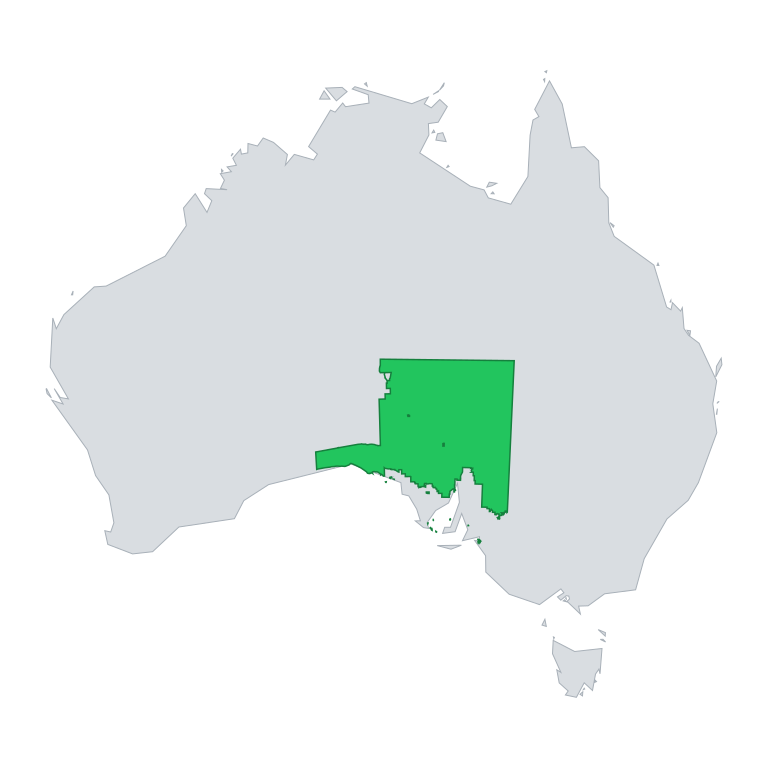 Unincorporated SA, South Australia, Australia (highlighted)
{"feature_id": "25037944B19571193858150", "entity_name": "Unincorporated SA", "entity_type": "district", "adm_level": 2, "iso_a3": "AUS", "parent_name": "Australia", "parent_adm1": "South Australia", "projection": "orthographic", "projection_center": [135.729, -30.866], "detail": "fine", "context": "in_parent", "style": "filled", "palette": "green", "viewbox_px": 768, "rotation_deg": 0, "n_neighbors": 0, "source": "geoboundaries", "source_scale": "gbopen_adm2", "svg_char_len": 9561}
<svg xmlns="http://www.w3.org/2000/svg" viewBox="0 0 768 768"><path d="M562.2,104.0L571.4,147.8L584.4,146.7L598.6,160.8L599.9,187.6L608.1,197.7L608.8,222.8L614.2,236.4L653.9,265.1L666.6,307.0L671.0,309.7L672.5,302.7L680.6,311.1L682.3,307.7L684.0,328.5L688.5,335.3L699.1,343.3L716.7,381.0L712.8,403.8L716.8,432.7L698.4,482.6L688.2,500.3L667.0,518.9L644.2,558.7L635.6,589.8L604.6,593.8L588.1,605.8L578.6,606.1L580.4,614.1L567.1,601.4L569.5,599.0L568.8,596.1L566.2,595.7L560.8,600.2L557.5,596.9L563.9,592.8L560.9,588.9L539.5,604.6L509.1,594.2L485.8,572.1L485.6,555.7L474.6,540.4L479.5,541.1L479.5,536.7L462.5,540.7L467.8,529.7L461.7,513.5L455.1,531.7L442.6,533.4L444.7,527.3L450.5,527.3L459.4,502.3L457.5,483.3L448.5,503.0L435.7,510.5L427.3,522.3L428.5,528.4L423.5,527.6L415.3,520.9L420.4,520.8L416.7,509.1L408.8,495.9L402.1,494.2L400.9,482.6L350.9,464.0L268.6,484.6L243.8,500.6L234.4,518.7L178.9,527.0L152.6,551.7L132.6,553.9L107.8,544.4L104.8,530.7L110.7,532.0L113.9,522.8L108.9,494.9L95.6,475.6L87.5,449.9L51.9,400.2L63.1,404.0L54.2,388.6L60.2,397.5L68.4,398.9L50.2,367.1L52.8,318.0L56.3,328.7L63.9,314.6L94.2,286.9L106.1,286.1L165.1,256.2L186.3,225.7L183.5,208.0L195.2,193.7L207.0,212.4L211.8,200.7L204.5,193.7L206.2,188.6L227.1,189.7L220.5,188.4L224.4,180.2L220.3,173.7L231.4,171.7L227.1,166.9L236.4,165.3L232.8,158.2L240.5,149.2L241.4,154.1L247.8,152.9L248.0,143.5L257.5,146.0L263.2,138.0L273.5,142.4L287.4,154.5L285.4,165.1L294.3,154.4L313.7,159.9L317.4,154.1L308.6,146.6L330.5,110.1L335.1,112.1L342.7,103.0L345.5,106.7L369.0,103.1L368.2,94.7L352.3,89.0L354.9,86.7L411.8,103.7L428.3,97.1L424.3,103.9L431.3,107.8L439.8,99.5L447.3,106.6L438.2,122.2L428.4,123.6L428.9,135.0L419.7,152.9L470.3,186.2L484.1,189.9L488.3,197.9L510.8,204.2L527.9,176.5L530.1,135.2L533.0,120.0L538.9,116.6L534.7,109.4L549.5,80.9L562.2,104.0ZM553.2,640.4L574.7,651.5L602.0,648.5L600.0,673.8L598.9,669.1L595.5,674.1L592.5,690.5L584.2,682.8L576.4,697.3L565.4,695.0L568.2,691.0L559.2,682.9L556.8,669.8L560.9,672.4L552.5,653.7L553.2,640.4ZM325.7,88.1L342.1,87.4L347.1,91.6L336.4,100.8L325.7,88.1ZM437.2,545.6L461.4,545.2L451.0,549.2L437.2,545.6ZM442.8,132.7L446.1,141.6L435.9,140.1L437.5,133.8L442.8,132.7ZM715.8,376.8L716.5,366.3L721.2,358.2L721.9,364.7L715.8,376.8ZM598.2,629.6L605.4,632.6L605.2,636.1L598.2,629.6ZM324.1,90.8L330.0,99.1L319.6,99.1L324.1,90.8ZM546.3,626.4L542.0,625.1L544.9,619.3L546.3,626.4ZM496.7,183.3L491.8,185.8L486.8,187.1L489.3,182.2L496.7,183.3ZM51.4,397.9L47.1,393.6L46.1,389.0L46.6,388.7L51.4,397.9ZM603.0,639.3L605.6,642.0L600.3,639.4L603.0,639.3ZM687.0,330.3L690.5,330.8L689.9,335.4L687.0,330.3ZM610.0,222.6L614.1,225.7L613.3,227.2L610.0,222.6ZM582.8,691.8L582.5,695.9L580.0,694.3L582.8,691.8ZM717.4,408.6L716.8,414.3L716.4,414.2L717.4,408.6ZM367.2,86.2L364.5,83.9L366.3,82.6L367.2,86.2ZM443.5,85.9L439.5,90.2L444.3,82.7L443.5,85.9ZM718.8,401.8L716.9,403.4L718.3,401.6L718.8,401.8ZM449.1,166.6L446.8,167.4L448.1,165.3L449.1,166.6ZM434.8,132.4L432.0,132.9L433.7,130.1L434.8,132.4ZM73.1,291.0L72.7,294.8L71.5,294.8L73.1,291.0ZM544.8,78.6L544.6,81.6L543.5,79.4L544.8,78.6ZM566.0,597.2L566.4,599.2L565.7,598.6L566.0,597.2ZM438.5,91.5L433.1,94.4L438.7,90.7L438.5,91.5ZM233.0,153.9L231.1,156.2L232.3,153.6L233.0,153.9ZM584.7,689.0L583.3,689.6L584.2,688.2L584.7,689.0ZM494.1,193.8L491.2,193.7L492.8,191.9L494.1,193.8ZM223.1,170.9L221.7,172.2L221.5,169.4L223.1,170.9ZM596.5,681.6L594.4,682.5L595.3,680.3L596.5,681.6ZM546.8,70.7L546.4,72.7L544.9,71.6L546.8,70.7ZM564.6,599.8L566.5,601.8L563.2,600.9L564.6,599.8ZM658.9,265.5L657.0,265.4L658.0,263.1L658.9,265.5ZM671.0,302.1L670.0,302.0L670.9,300.2L671.0,302.1ZM554.4,637.4L553.8,638.9L553.4,636.9L554.4,637.4Z" fill="#d9dde1" stroke="#a8b0b8" stroke-width="1"/><path d="M507.3,512.2L514.2,360.7L380.3,359.2L380.3,365.8L380.0,366.0L379.5,368.3L379.4,371.1L380.3,372.7L384.8,372.6L384.3,374.4L384.5,375.1L384.9,376.3L385.0,377.9L386.2,379.3L387.1,380.7L387.2,383.1L386.4,383.1L386.5,388.5L390.3,388.4L390.4,393.8L385.1,393.9L385.2,399.0L379.1,399.2L380.4,445.5L379.5,445.5L377.8,445.7L377.2,445.3L375.7,445.1L374.8,444.6L371.8,444.2L369.8,444.3L368.0,444.7L366.9,444.7L365.5,444.1L365.2,444.3L363.9,444.1L363.5,444.3L361.5,443.9L360.7,444.1L358.0,444.3L338.4,447.8L338.4,447.6L338.0,447.7L338.1,447.9L315.7,452.0L316.7,469.4L317.5,469.1L325.1,467.7L330.1,467.1L331.3,466.7L334.5,466.5L335.0,466.3L337.0,466.1L340.4,466.3L341.7,466.1L344.4,466.4L345.5,466.3L349.0,464.9L349.5,464.6L349.9,464.0L350.6,463.5L350.9,463.4L352.5,463.9L355.7,465.3L360.9,467.9L366.1,471.5L366.7,472.0L367.3,473.0L367.6,473.1L367.8,473.3L369.3,473.6L369.5,473.3L370.4,473.4L370.5,473.2L371.1,473.1L371.3,472.9L371.6,472.8L372.5,473.4L372.3,473.0L372.0,473.0L372.0,472.7L372.2,472.2L372.7,471.8L374.1,471.5L375.4,471.8L375.5,471.9L375.9,471.8L376.7,471.9L376.9,471.7L378.2,472.3L379.5,473.3L380.4,473.8L380.7,474.2L380.7,474.6L381.1,474.2L382.5,475.0L383.3,475.8L383.1,476.5L383.4,476.2L383.6,475.8L384.5,476.0L384.3,467.8L384.7,468.2L385.5,468.4L388.2,468.9L390.7,468.8L390.7,469.4L391.8,469.4L391.8,469.6L394.6,469.5L394.6,470.0L395.2,470.0L398.2,471.9L398.4,471.5L398.9,471.8L398.9,469.7L401.6,469.7L401.7,473.9L405.3,473.8L405.3,476.6L410.6,476.5L410.8,476.6L410.8,481.8L414.6,481.8L414.8,482.9L415.3,482.9L415.3,483.8L418.0,483.8L418.1,486.6L418.9,486.6L418.9,487.5L419.3,487.3L419.6,487.4L420.8,487.3L420.8,486.6L424.5,486.5L424.5,486.8L424.9,486.8L425.6,487.1L425.7,485.3L424.2,485.3L424.5,483.5L426.3,483.4L426.5,483.9L428.1,483.9L429.3,483.6L432.0,483.7L432.3,484.0L432.3,486.1L433.1,486.1L433.1,487.5L434.0,487.7L434.9,487.4L434.9,487.7L435.3,487.7L435.8,488.2L436.0,488.3L436.2,488.8L436.4,488.8L436.3,489.2L436.6,489.2L437.1,490.1L437.1,491.5L438.3,491.5L438.1,491.1L438.5,490.9L438.5,493.4L441.9,493.4L441.8,497.2L449.2,497.3L449.3,494.1L449.8,494.1L449.9,491.3L453.0,488.9L454.7,488.9L454.5,485.0L454.8,485.0L455.0,479.0L457.2,479.1L457.3,479.2L457.1,479.5L457.0,480.2L460.5,480.3L460.6,478.7L460.4,478.7L460.5,478.2L460.4,478.1L460.6,477.7L460.5,476.9L460.8,475.3L462.5,472.0L462.6,467.5L470.9,467.7L470.8,468.1L471.2,467.9L471.5,468.5L472.7,468.2L472.7,469.0L471.9,469.3L471.4,470.2L471.5,470.3L471.3,470.6L471.6,471.4L471.7,472.0L471.4,472.2L473.3,472.2L473.2,475.7L474.3,475.8L474.2,480.6L475.2,480.6L475.1,484.0L482.5,484.2L481.7,507.1L487.1,507.2L487.0,508.6L489.5,508.7L489.4,511.5L490.1,511.5L490.3,511.2L490.4,510.0L491.4,510.1L491.5,509.8L491.7,510.2L492.4,510.3L492.5,510.4L492.5,512.3L495.0,512.3L494.9,514.6L495.2,514.7L495.5,514.5L496.1,514.8L496.6,514.4L496.7,513.9L497.1,513.9L497.4,513.6L497.9,513.9L498.9,513.9L498.9,515.0L499.2,515.1L499.6,515.9L499.2,516.2L499.7,516.3L499.9,515.6L499.8,515.3L501.6,515.4L501.8,514.5L501.9,513.2L501.5,512.8L502.5,512.8L502.8,513.0L503.0,513.3L502.9,513.6L503.4,514.3L503.4,514.7L503.7,514.5L503.8,514.3L503.6,514.3L503.8,514.0L503.6,513.8L503.9,513.9L504.0,513.7L503.4,513.7L503.6,513.5L503.2,513.0L503.6,512.8L504.2,513.0L504.3,512.6L504.6,512.7L504.8,512.4L504.7,512.2L504.8,512.2L505.0,512.0L505.4,512.1L505.5,511.9L505.4,511.6L505.6,511.8L505.9,511.6L505.9,511.4L505.7,511.4L505.6,511.2L506.1,511.3L506.1,511.1L506.6,511.1L506.7,511.4L506.8,511.5L507.0,511.8L506.9,512.0L507.1,512.0L507.1,512.4L507.3,512.2ZM387.1,380.6L386.3,379.3L385.0,377.9L385.0,377.5L385.2,377.4L384.9,376.3L384.3,374.4L384.9,372.6L391.2,372.5L390.1,378.3L389.6,378.8L389.5,379.2L389.6,380.5L387.1,380.6ZM444.2,443.8L444.1,446.1L442.9,446.1L442.9,443.8L443.1,443.8L443.1,443.5L443.8,443.3L443.8,443.8L444.2,443.8ZM408.3,414.8L409.5,415.4L409.5,416.4L407.9,416.4L407.6,415.1L408.3,414.8ZM477.8,539.3L477.9,539.5L478.5,539.6L478.8,540.0L479.0,540.0L478.7,540.4L478.7,540.6L478.9,540.5L478.8,540.8L478.2,541.1L478.3,541.4L479.1,541.4L479.0,541.6L478.2,541.9L478.3,542.0L478.2,542.3L478.4,542.2L478.3,542.5L478.5,542.7L478.9,542.8L479.0,543.0L478.8,543.2L479.0,543.5L479.2,543.2L479.0,542.8L479.6,542.5L480.1,542.6L480.4,541.3L480.8,541.1L480.2,540.5L478.6,539.3L478.1,539.2L477.8,539.3ZM426.3,492.0L426.3,493.0L427.2,493.4L429.1,493.5L429.1,492.0L426.3,492.0ZM497.4,517.7L498.0,518.9L498.3,518.6L498.7,518.5L498.9,518.7L498.8,518.8L499.0,518.9L499.4,519.0L499.4,518.7L499.3,518.2L499.7,518.1L499.6,517.8L499.4,517.8L499.3,517.2L498.8,517.0L498.6,517.0L498.3,517.3L498.5,517.7L497.4,517.7ZM454.2,492.0L454.4,491.9L454.2,491.6L454.4,491.6L454.5,491.2L454.4,491.3L454.3,491.2L454.6,490.7L455.1,490.4L455.5,490.4L455.5,490.0L455.1,489.6L454.7,490.0L454.0,490.2L454.1,490.9L454.0,491.3L454.1,491.6L454.2,492.0ZM430.6,528.2L431.4,528.9L431.4,529.1L431.2,529.3L431.4,529.6L431.5,529.9L431.8,529.7L432.1,530.0L432.1,529.7L431.9,529.6L431.9,528.8L431.7,528.9L431.3,528.5L430.6,527.5L430.2,527.7L430.2,527.8L430.3,527.9L430.2,528.1L430.6,528.2ZM389.8,477.7L389.9,478.2L390.3,478.4L390.4,478.2L390.7,478.2L390.9,477.7L391.2,477.5L390.9,477.5L390.9,477.2L391.4,476.9L391.9,476.8L391.1,476.9L390.4,477.5L390.3,477.4L390.6,477.1L390.2,477.4L389.9,477.4L389.9,477.6L389.8,477.7ZM450.2,518.8L449.8,519.3L449.8,519.5L449.9,520.0L450.0,520.1L450.3,520.0L450.5,519.4L450.4,518.9L450.2,518.8ZM435.9,531.5L435.8,531.8L436.5,532.1L436.6,531.8L435.9,531.3L435.9,531.5ZM427.8,523.1L427.9,523.7L428.0,523.5L428.0,523.3L428.0,522.8L427.7,522.8L427.7,522.6L427.6,523.0L427.8,523.1ZM468.0,524.7L468.1,525.7L468.5,525.6L468.0,524.7ZM385.8,482.4L386.1,482.4L386.2,481.9L385.9,482.0L385.8,481.8L385.5,481.9L385.8,482.4ZM393.7,479.1L394.2,479.4L394.9,479.6L394.0,479.1L393.7,479.1ZM433.3,520.0L433.4,519.5L433.7,519.4L433.3,519.4L433.2,520.1L433.3,520.3L433.4,520.2L433.3,520.0Z" fill="#22c55e" stroke="#15803d" stroke-width="1.5"/></svg>